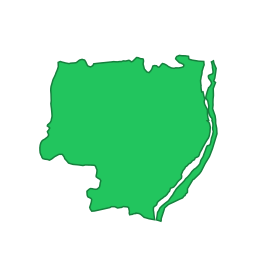 outline of Markz Abu Qurqas, Al Minya, Egypt, rotated 18°
{"feature_id": "37247803B9734537557155", "entity_name": "Markz Abu Qurqas", "entity_type": "district", "adm_level": 2, "iso_a3": "EGY", "parent_name": "Egypt", "parent_adm1": "Al Minya", "projection": "mercator", "projection_center": [30.805, 27.941], "detail": "fine", "context": "isolated", "style": "filled", "palette": "green", "viewbox_px": 256, "rotation_deg": 18, "n_neighbors": 0, "source": "geoboundaries", "source_scale": "gbopen_adm2", "svg_char_len": 5839}
<svg xmlns="http://www.w3.org/2000/svg" viewBox="0 0 256 256"><g transform="rotate(18 128 128)"><path d="M179.5,41.3L174.6,42.6L171.2,43.1L168.2,43.6L165.5,43.7L164.3,43.3L163.9,42.4L163.9,42.0L163.4,41.1L160.0,41.7L157.0,42.6L154.4,43.1L152.3,44.9L151.9,46.2L151.9,47.5L154.1,48.7L156.7,50.0L158.0,49.9L160.6,50.3L161.5,50.7L161.9,51.6L161.5,52.9L160.3,53.8L157.7,55.2L154.7,56.1L153.4,57.0L150.9,57.5L147.4,57.1L145.2,56.3L143.8,56.1L143.1,55.9L140.9,56.0L140.1,57.3L139.7,58.6L138.9,60.4L138.0,60.8L136.7,60.4L135.9,60.0L133.7,60.5L133.0,61.0L132.5,61.4L132.5,62.7L132.5,64.0L132.1,66.2L130.9,68.8L128.7,68.9L125.3,66.8L122.6,62.5L122.1,59.5L121.2,57.8L119.9,57.8L118.6,58.2L115.6,58.0L114.3,58.4L113.9,59.2L113.2,60.6L111.8,63.2L110.6,64.1L110.0,63.8L109.5,63.6L108.0,63.3L105.0,65.1L102.8,65.6L101.2,66.9L99.4,67.4L97.7,68.3L96.0,68.8L93.9,69.3L92.8,69.8L92.5,70.0L80.4,75.3L75.6,77.5L75.4,78.7L75.2,79.7L73.5,81.5L72.2,81.5L70.9,81.5L69.7,80.7L67.4,78.2L67.2,78.0L65.7,76.8L64.1,76.9L63.1,76.9L60.9,78.4L58.9,81.4L58.2,82.1L55.9,83.1L55.3,83.3L53.2,84.2L52.1,85.0L48.2,85.5L47.4,85.5L44.8,85.7L43.0,85.7L41.3,87.2L42.8,91.3L42.8,92.6L42.8,94.8L42.5,97.8L42.5,99.0L42.5,99.6L42.2,102.2L41.8,104.8L41.8,106.5L41.9,108.7L42.0,112.2L42.4,114.3L42.9,116.1L44.3,119.5L45.7,123.4L46.6,125.9L47.1,128.6L48.1,130.9L49.0,132.7L51.0,137.3L52.1,140.1L52.4,142.1L52.4,143.3L52.7,144.5L52.3,146.9L51.3,148.7L50.6,149.8L50.6,151.0L53.3,151.9L53.6,152.3L53.4,153.1L53.2,153.5L53.3,154.4L52.8,155.3L52.4,156.2L52.9,157.0L53.8,157.9L54.2,158.3L54.7,159.6L54.3,161.3L53.4,162.6L52.2,164.4L50.9,165.7L50.1,167.1L49.7,169.2L49.8,171.4L50.3,174.0L51.2,176.6L52.1,178.7L53.4,180.4L54.7,181.7L55.2,182.5L56.5,183.4L58.7,183.3L61.2,182.8L62.9,182.8L63.3,182.8L65.0,181.0L65.5,180.3L65.9,179.7L67.1,177.9L68.0,177.0L69.3,175.6L70.5,174.4L71.8,173.9L73.5,173.4L73.9,173.4L74.6,174.1L76.1,175.1L77.4,176.8L79.6,178.0L81.8,179.4L82.2,179.7L83.9,179.7L86.9,179.6L89.1,179.1L91.2,178.6L93.8,178.1L96.8,177.6L98.5,176.5L98.9,176.3L99.8,176.0L100.6,175.8L102.3,175.3L103.6,174.9L105.3,174.4L107.4,173.9L107.9,173.9L108.7,174.3L109.3,174.8L109.6,175.2L110.5,176.4L111.4,177.3L111.9,179.0L112.3,181.2L112.4,182.9L112.8,184.2L115.0,185.0L117.2,185.4L117.6,185.8L118.5,186.6L118.5,188.4L119.0,191.4L119.1,193.1L117.8,195.3L117.2,195.8L116.5,196.2L114.4,196.7L112.7,196.8L111.0,197.2L110.1,198.1L109.9,198.5L109.3,199.4L108.5,200.8L108.9,202.0L109.8,204.2L110.3,205.0L111.2,205.9L113.8,206.3L114.2,206.3L115.5,207.1L116.0,209.7L116.1,212.7L116.1,215.3L117.4,217.0L118.0,217.4L119.2,218.3L121.7,217.3L126.0,214.8L135.3,209.3L136.4,208.1L136.6,207.9L139.4,207.0L140.5,206.9L140.8,207.0L142.7,207.3L144.0,206.7L145.0,206.1L145.8,205.8L146.4,205.5L147.7,204.2L149.8,203.7L151.9,203.2L153.2,203.6L155.0,206.6L155.5,208.7L156.4,210.0L158.1,209.1L158.9,208.7L159.8,207.8L161.9,206.9L161.9,206.4L165.3,205.9L166.1,206.1L167.1,206.3L171.0,208.0L172.2,207.9L176.1,207.8L181.7,207.0L180.2,204.0L179.4,202.3L178.3,199.8L177.6,198.6L176.8,195.8L177.2,194.7L178.2,193.4L178.9,192.2L178.9,189.7L179.7,188.0L180.5,186.9L181.1,185.8L181.8,184.9L182.6,183.9L183.4,182.5L184.6,181.1L185.6,179.2L186.3,176.7L187.0,175.4L187.0,172.2L188.3,171.2L189.7,170.0L191.0,167.1L191.8,164.1L192.8,162.0L193.6,160.7L194.3,159.2L194.1,157.8L193.8,156.9L193.1,156.0L193.1,155.0L193.3,153.3L193.4,151.5L194.4,149.1L194.7,147.0L195.3,146.5L196.0,145.4L196.5,144.1L197.2,142.9L197.9,142.4L198.8,140.9L199.1,139.8L199.9,138.6L201.0,137.6L201.1,135.8L202.1,134.8L203.2,133.9L203.9,132.9L204.1,130.8L204.0,129.4L204.8,125.6L205.1,123.2L205.6,120.9L206.2,117.8L206.8,115.3L207.5,112.9L207.7,111.0L207.6,109.4L207.3,107.8L207.2,106.5L206.6,104.2L206.1,101.9L205.2,100.4L203.9,98.3L202.9,97.4L202.2,97.2L201.3,96.8L201.0,96.6L202.4,95.8L200.8,93.6L199.3,90.3L197.9,86.2L193.5,81.7L192.2,79.3L192.1,76.8L190.2,74.0L188.1,70.4L187.1,71.0L186.9,70.8L185.5,68.3L184.5,65.9L184.4,65.1L183.6,63.6L182.8,61.7L182.3,60.4L182.1,58.9L181.9,57.6L181.7,56.5L181.7,54.8L181.5,53.4L181.2,52.1L180.9,51.2L180.8,46.4L180.9,44.5L180.1,42.7L179.5,41.3ZM183.5,206.6L186.0,206.5L188.1,206.5L188.1,205.5L187.8,204.7L187.6,203.8L187.6,195.5L187.5,192.6L190.1,188.2L194.1,184.5L198.7,180.1L201.5,177.6L202.3,175.4L203.1,174.6L203.2,173.0L204.4,171.0L204.0,169.4L203.3,167.3L205.7,156.9L206.4,156.5L210.1,149.4L211.0,146.6L212.3,138.1L214.2,130.1L214.4,127.4L214.7,121.6L214.4,106.0L212.4,100.8L210.0,96.6L208.7,92.9L207.1,89.6L204.3,85.9L202.5,83.5L201.8,79.9L200.8,77.2L199.9,74.1L199.3,71.0L198.7,69.2L196.9,64.2L197.0,61.9L197.2,57.7L195.0,56.8L195.1,53.6L194.2,48.1L193.4,44.0L189.8,40.0L188.5,37.7L186.9,39.4L187.8,40.6L189.1,42.9L189.7,44.6L190.6,46.2L191.7,48.7L191.7,49.9L191.0,51.0L189.6,52.0L188.4,53.2L188.4,54.0L189.2,55.5L189.8,56.1L191.5,57.2L191.5,57.3L192.6,58.1L193.3,59.2L193.8,60.3L193.5,61.7L193.3,62.4L193.1,63.4L192.2,64.8L192.2,65.5L192.2,66.7L192.1,67.4L192.2,67.8L192.1,68.4L192.2,70.9L192.4,74.0L192.6,75.0L192.9,75.5L193.6,76.1L194.3,76.7L195.2,77.3L195.5,77.6L196.1,78.7L196.8,80.0L197.4,81.0L198.0,82.1L198.2,82.8L198.5,84.1L198.8,85.7L199.0,86.3L199.4,87.2L200.4,88.8L201.1,89.8L201.9,90.7L203.2,92.0L204.4,92.5L205.4,93.8L205.5,95.0L206.2,95.9L207.2,97.2L207.8,98.8L208.2,100.0L208.5,101.8L209.0,103.1L210.2,105.0L210.4,106.9L210.6,108.5L210.5,111.7L210.7,113.2L211.1,116.2L211.2,118.2L210.8,119.1L208.9,120.4L208.6,121.6L208.5,123.3L208.5,126.1L208.3,129.5L208.3,131.9L207.3,136.0L207.4,139.9L206.5,142.3L204.9,145.3L203.6,146.9L202.2,149.7L201.1,153.3L199.8,156.3L198.6,158.3L198.3,159.2L198.2,159.7L197.9,160.7L196.5,163.6L195.1,166.1L192.8,170.9L192.0,174.2L191.8,174.7L191.2,178.0L190.4,180.0L189.8,182.0L189.0,184.6L186.8,187.8L184.5,191.4L184.0,192.4L183.2,193.9L182.7,197.2L182.2,199.0L182.9,203.1L183.3,205.4L183.3,205.7L183.5,206.6Z" fill="#22c55e" stroke="#15803d" stroke-width="1.5"/></g></svg>